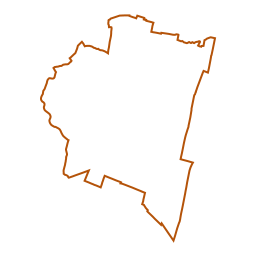 Nga Bay, Hau Giang, Vietnam
{"feature_id": "81297802B83257848753409", "entity_name": "Nga Bay", "entity_type": "district", "adm_level": 2, "iso_a3": "VNM", "parent_name": "Vietnam", "parent_adm1": "Hau Giang", "projection": "albers", "projection_center": [105.814, 9.824], "detail": "fine", "context": "isolated", "style": "outline", "palette": "amber", "viewbox_px": 256, "rotation_deg": 0, "n_neighbors": 0, "source": "geoboundaries", "source_scale": "gbopen_adm2", "svg_char_len": 4949}
<svg xmlns="http://www.w3.org/2000/svg" viewBox="0 0 256 256"><path d="M69.7,58.2L70.7,59.7L71.5,60.8L71.2,61.4L70.9,61.7L69.9,62.4L69.0,63.4L68.3,64.0L67.3,64.3L65.8,64.3L63.2,64.7L62.8,65.0L61.5,65.9L59.9,66.0L59.3,66.2L58.7,66.4L57.7,66.7L56.9,66.7L54.6,67.1L53.5,68.0L54.0,68.8L55.0,70.7L56.0,72.1L55.7,72.7L55.5,73.3L55.1,74.8L54.9,75.7L54.7,76.4L54.5,77.3L54.1,77.9L53.8,78.2L53.3,78.5L52.8,78.6L52.0,78.6L51.0,78.4L49.9,78.2L49.4,78.2L48.8,78.5L48.2,79.2L47.7,79.8L47.4,80.5L47.0,81.9L46.8,83.1L46.6,83.6L45.4,86.8L44.7,88.8L44.3,89.5L43.7,90.3L43.3,90.9L43.1,92.1L42.9,93.4L42.9,93.9L42.6,94.4L41.9,95.6L41.4,96.7L41.2,97.4L41.0,98.1L41.0,98.9L41.1,99.7L41.5,100.5L42.3,101.6L43.5,102.3L44.3,103.3L44.5,103.9L44.5,105.0L44.3,105.7L44.1,106.3L43.9,107.0L43.9,107.7L44.0,108.3L44.5,109.7L45.0,110.4L45.9,111.2L47.8,112.6L48.8,113.4L49.5,114.0L50.0,114.8L50.4,115.7L50.6,116.7L50.5,117.4L50.3,118.1L49.9,119.0L49.5,120.0L49.4,120.3L49.5,121.4L49.7,122.2L50.2,123.4L51.2,124.8L52.4,125.7L53.3,126.2L54.0,126.6L54.5,126.9L55.1,126.9L55.5,126.9L55.8,127.0L56.3,127.3L56.8,127.6L57.3,127.8L58.2,128.3L59.3,129.0L59.9,129.7L60.6,130.9L61.5,133.0L62.6,135.0L63.2,135.9L63.8,136.5L65.4,137.9L67.3,139.4L67.9,140.0L68.5,140.2L68.3,140.8L67.8,142.3L67.5,143.4L66.8,146.3L66.1,148.8L66.0,149.2L66.0,149.5L66.1,150.3L66.6,152.3L66.9,153.5L67.0,154.1L67.0,154.3L67.0,154.6L66.8,155.3L66.5,156.1L66.2,156.8L66.1,157.1L66.2,157.3L66.1,158.0L66.1,158.3L66.1,158.7L65.9,159.8L65.7,161.0L65.7,161.4L65.2,163.6L65.1,164.5L64.9,165.4L64.3,167.5L64.0,168.8L63.8,169.4L63.7,169.9L63.6,170.3L63.6,170.7L63.6,171.7L63.7,172.5L63.7,173.1L63.7,173.8L65.0,174.8L65.6,174.9L66.1,175.1L67.3,175.7L67.7,176.0L67.9,176.3L68.4,177.4L68.8,177.7L72.6,176.4L74.7,175.6L83.4,172.5L88.8,170.5L84.6,180.8L89.1,182.6L91.4,183.6L93.2,184.3L94.4,184.9L95.7,185.3L98.6,186.5L100.7,187.4L101.9,184.0L102.3,182.4L103.0,180.6L103.5,178.9L104.7,175.8L109.6,177.8L111.9,178.7L116.3,180.5L120.6,182.1L121.0,182.3L120.5,183.4L121.1,183.5L122.1,183.7L125.6,185.0L130.5,186.9L132.1,187.5L136.9,189.5L141.6,191.4L141.6,191.5L145.0,192.8L144.1,196.7L143.4,199.6L143.2,201.1L142.2,204.2L143.1,204.6L144.0,205.0L144.1,205.3L144.2,205.5L144.7,206.2L145.3,207.2L145.9,208.1L147.8,210.2L147.3,211.3L147.8,211.9L152.9,216.8L154.9,218.9L157.2,221.1L161.1,224.9L161.7,223.4L163.9,226.6L165.4,228.8L168.6,233.5L170.0,235.5L173.5,240.6L175.0,236.0L177.2,228.3L179.1,222.7L179.6,221.7L180.1,219.5L180.5,217.0L181.1,213.6L182.1,209.0L182.9,205.1L184.1,198.9L185.1,193.8L185.6,190.9L186.3,187.4L187.2,182.1L189.5,170.6L190.5,167.5L191.8,164.6L192.9,162.6L191.5,162.2L187.7,161.1L183.9,160.1L180.6,159.2L181.0,157.1L181.8,153.7L182.9,148.3L184.0,142.7L185.2,137.4L185.8,135.1L186.9,131.6L187.5,129.6L188.5,126.8L188.5,126.0L190.3,117.5L191.5,110.1L191.5,108.7L194.1,95.9L194.3,95.1L194.6,94.8L195.0,94.3L195.7,92.0L195.9,91.9L195.9,91.6L196.0,91.4L196.0,91.0L196.2,90.7L197.4,87.1L198.2,85.0L202.8,72.7L203.6,70.9L207.9,72.6L208.9,68.3L210.6,59.3L210.9,57.6L211.2,55.6L211.5,55.2L212.8,49.1L215.0,38.2L210.7,37.3L209.7,37.6L207.0,38.6L205.6,39.7L205.1,39.9L204.5,40.2L203.5,45.9L201.6,46.0L201.2,46.7L200.6,46.5L199.7,46.4L199.1,46.1L198.5,45.8L198.1,45.6L200.0,41.9L199.9,41.5L199.6,41.3L199.2,41.2L198.8,41.3L198.3,41.5L197.9,41.7L197.3,41.8L196.5,41.9L195.5,42.2L194.7,42.7L194.2,43.1L193.7,43.0L193.0,42.5L192.6,42.2L192.3,42.2L191.9,42.4L191.4,42.9L190.9,43.0L190.4,42.8L189.9,42.5L189.5,42.1L189.1,42.1L188.7,42.2L188.0,42.7L187.1,43.1L186.6,43.1L186.2,43.0L185.3,42.7L184.6,42.5L184.1,42.4L183.7,42.2L183.4,41.8L183.1,41.6L182.2,41.0L181.8,41.1L181.3,41.3L180.8,41.2L177.5,39.9L178.1,36.7L178.5,34.9L178.4,34.7L178.0,34.6L177.1,34.4L176.5,34.3L176.2,34.3L175.9,34.5L175.5,34.7L174.8,34.8L173.9,34.8L172.8,34.7L168.8,33.9L161.3,32.8L161.0,33.7L157.2,32.9L153.8,32.3L153.5,32.3L151.3,31.8L152.2,27.5L152.4,26.1L153.4,22.7L152.7,22.5L151.1,22.0L146.3,20.8L146.3,19.9L145.7,19.6L145.5,20.0L143.8,19.5L144.2,17.9L137.3,15.7L136.2,18.3L135.5,18.0L132.7,17.1L130.5,16.3L129.0,15.7L129.1,15.4L124.8,15.4L119.7,15.6L110.7,18.6L110.4,18.8L110.1,19.4L109.8,19.6L108.9,19.9L108.7,20.0L108.5,20.3L108.5,21.7L108.3,22.9L108.3,23.8L108.4,24.4L108.8,25.0L109.0,27.2L109.9,27.1L110.6,27.1L111.1,27.2L111.4,27.3L111.5,27.7L111.6,28.5L111.4,30.1L111.2,31.8L111.2,33.2L111.0,35.6L110.8,36.8L110.4,38.6L109.7,41.9L108.9,47.6L108.3,50.2L108.1,52.0L108.0,53.3L107.4,52.9L106.3,52.2L105.4,51.7L104.9,51.4L104.5,51.2L103.7,50.9L102.8,50.5L101.8,50.3L101.0,50.2L100.4,50.2L100.0,50.0L99.5,49.8L99.0,49.5L98.6,49.1L98.2,48.8L97.5,49.0L97.0,49.0L96.3,48.7L95.6,48.4L95.2,48.1L94.5,47.9L94.1,47.8L93.6,47.7L93.3,47.4L92.7,47.0L92.1,46.7L91.7,46.4L91.1,46.3L90.6,46.2L90.1,46.0L89.6,45.9L88.0,45.9L86.8,45.9L85.8,46.0L85.1,46.2L84.8,46.3L84.5,45.8L83.8,44.6L83.5,43.9L83.2,43.4L82.5,42.6L81.9,41.8L79.2,44.4L77.9,45.7L77.1,48.6L75.4,53.0L74.5,53.9L74.4,53.9L70.5,57.6L69.7,58.2Z" fill="none" stroke="#b45309" stroke-width="2"/></svg>